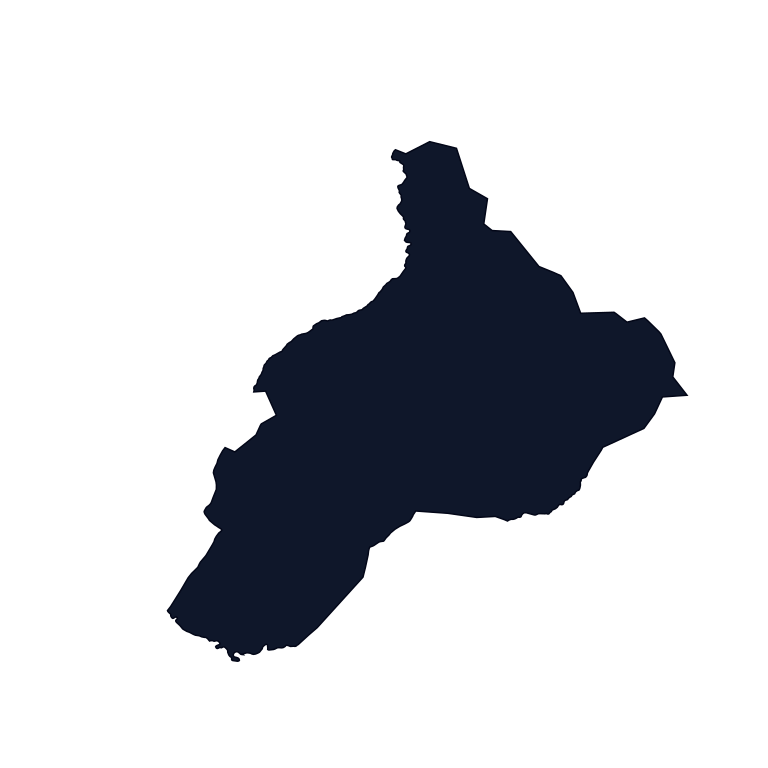 outline of Xovd, Hovd, Mongolia, rotated 160°
{"feature_id": "93677404B84217279169077", "entity_name": "Xovd", "entity_type": "district", "adm_level": 2, "iso_a3": "MNG", "parent_name": "Mongolia", "parent_adm1": "Hovd", "projection": "equal_earth", "projection_center": [91.437, 48.034], "detail": "fine", "context": "isolated", "style": "filled", "palette": "ink", "viewbox_px": 768, "rotation_deg": 160, "n_neighbors": 0, "source": "geoboundaries", "source_scale": "gbopen_adm2", "svg_char_len": 6171}
<svg xmlns="http://www.w3.org/2000/svg" viewBox="0 0 768 768"><g transform="rotate(160 384 384)"><path d="M509.1,421.1L497.7,417.8L495.8,391.4L512.9,388.5L514.3,387.4L521.7,379.9L547.4,371.2L555.1,378.6L558.5,376.4L562.3,373.1L566.0,369.6L568.1,366.5L571.1,363.7L573.4,361.2L574.7,358.9L575.3,349.6L576.0,346.5L577.6,342.3L583.5,335.7L586.6,332.0L587.7,331.0L588.7,330.4L590.5,329.6L591.9,329.3L593.3,328.7L596.0,326.4L596.7,325.5L596.8,324.3L596.7,322.9L594.9,317.0L594.7,315.6L591.3,309.6L589.8,307.7L588.5,305.8L586.8,303.8L586.3,302.2L587.7,301.3L590.2,300.5L593.7,298.2L596.1,296.1L597.6,294.0L600.2,291.7L610.0,283.7L617.5,279.4L618.9,278.2L621.7,275.4L629.6,271.8L634.2,269.0L645.9,259.3L660.7,247.8L664.9,245.2L664.9,244.1L664.0,242.1L663.3,240.9L663.3,240.1L663.7,239.1L663.6,238.0L663.5,237.5L663.1,236.5L662.6,236.0L662.0,235.9L659.2,236.4L658.8,236.0L658.3,235.3L658.2,234.6L658.7,234.1L660.5,233.1L660.8,232.2L660.5,230.9L658.4,226.9L657.4,224.1L657.1,223.1L656.6,222.2L653.9,219.0L651.7,217.2L648.8,214.0L647.2,212.5L643.7,210.6L641.7,208.7L639.3,207.3L637.9,206.7L636.8,204.9L636.3,203.4L635.8,202.1L634.7,202.1L632.7,201.4L632.1,200.7L631.0,200.2L629.6,200.2L628.2,199.4L627.5,198.7L626.9,196.9L627.0,196.0L627.4,195.5L630.5,195.4L631.6,195.1L632.1,194.6L631.8,193.1L631.2,192.5L630.1,192.4L628.5,192.6L626.9,191.7L625.0,192.0L624.2,191.6L623.6,191.1L622.5,188.9L622.0,187.2L622.6,185.2L622.5,182.4L622.0,180.8L621.1,179.5L620.9,178.6L621.4,177.3L621.4,176.6L620.8,175.9L616.5,173.6L615.2,173.4L614.4,173.8L614.2,175.1L614.9,176.5L616.4,177.7L618.0,178.7L618.5,180.0L618.1,181.5L616.5,182.8L614.9,183.0L613.5,182.7L612.4,181.5L611.0,179.0L610.1,178.4L608.8,177.8L609.2,178.7L604.7,178.3L602.3,177.1L601.4,176.5L600.5,175.5L599.1,174.6L597.0,174.2L594.5,174.3L592.7,174.6L588.9,176.9L588.4,177.9L587.8,178.4L586.7,179.0L584.2,179.8L583.4,179.6L583.0,179.3L582.8,178.6L583.5,175.7L584.1,174.3L583.2,173.4L578.6,172.3L576.8,172.3L574.8,172.6L573.2,172.3L570.2,171.0L568.6,170.8L566.7,171.2L565.4,171.9L564.8,171.8L563.4,170.9L561.7,169.4L558.3,168.4L557.5,167.9L556.6,167.8L555.8,167.9L555.0,168.3L553.7,168.5L540.9,173.8L530.1,177.9L469.8,209.7L464.2,218.0L457.4,228.8L455.5,232.6L454.1,234.6L453.1,235.6L449.7,235.6L448.4,235.8L442.9,237.2L441.1,237.1L438.3,236.5L437.6,236.7L434.7,238.7L431.0,240.4L428.8,241.8L423.2,243.8L417.8,244.9L412.4,245.4L408.4,246.0L406.9,246.4L405.8,247.1L404.0,248.5L402.0,250.2L401.4,251.0L397.6,253.8L368.3,240.7L342.5,226.9L324.7,221.5L317.2,215.3L314.8,213.0L313.1,213.4L311.0,213.4L309.0,212.7L307.4,212.5L305.9,212.6L303.9,213.0L302.9,212.8L302.2,212.4L301.2,212.3L300.6,212.5L299.4,213.8L298.1,214.6L296.6,215.0L296.0,214.9L294.4,214.4L288.1,209.9L286.9,209.2L286.1,209.1L283.6,209.3L282.7,209.2L276.9,206.9L275.9,206.9L275.3,206.3L274.4,205.7L273.5,205.6L271.8,206.6L270.4,206.9L269.2,208.0L265.5,208.2L263.2,209.0L261.8,210.1L260.5,210.8L259.7,210.6L258.1,209.7L257.0,209.7L256.1,210.3L255.0,211.9L254.5,212.3L253.6,212.7L251.1,212.6L249.7,213.5L248.5,214.0L246.6,214.3L245.0,215.5L242.5,215.6L240.9,217.1L238.8,217.7L237.2,217.6L236.0,218.6L235.1,219.9L234.0,221.8L233.0,224.9L231.9,225.6L231.3,226.9L230.7,227.4L230.0,227.5L227.7,227.5L226.8,227.4L226.3,227.5L224.7,228.5L224.0,229.5L223.6,230.3L223.1,231.0L221.8,232.2L213.9,238.9L202.5,247.5L200.1,249.7L154.9,253.4L140.0,263.4L126.8,276.6L103.1,269.8L110.2,291.9L103.4,304.5L106.7,336.3L107.7,339.0L114.5,353.2L116.6,357.0L134.5,359.0L142.0,370.9L143.3,372.7L175.0,383.2L175.1,405.4L180.7,425.2L186.6,430.9L198.2,441.4L212.8,483.9L229.9,491.2L235.5,500.3L223.4,522.7L236.9,538.6L235.3,580.7L258.2,596.1L284.8,592.8L293.1,600.2L294.5,599.7L296.1,598.4L297.0,597.5L297.5,596.5L299.0,595.1L299.3,594.3L299.1,593.4L299.3,592.3L299.0,591.8L296.3,590.8L295.6,590.0L294.2,589.0L293.4,588.7L292.9,588.2L292.9,587.8L293.2,587.2L293.1,586.6L290.8,583.6L290.7,582.7L290.9,582.0L291.5,581.1L292.3,578.4L292.8,578.1L293.1,577.6L293.1,577.1L291.5,573.9L291.4,573.1L291.5,572.2L291.5,570.8L291.7,570.2L294.7,568.4L296.3,567.1L298.4,565.7L299.4,565.4L301.9,565.5L302.9,565.4L303.6,564.6L303.7,563.0L303.4,561.0L303.7,559.7L304.2,558.9L304.0,557.8L303.4,556.0L303.3,555.3L303.9,554.1L304.1,553.1L304.0,552.1L304.8,549.9L307.3,547.8L309.1,547.2L311.0,545.8L311.7,544.5L311.4,541.5L310.4,538.4L308.5,534.4L309.3,532.5L309.1,531.7L308.4,530.2L308.6,527.1L310.7,524.4L310.8,523.4L310.2,522.3L307.4,520.4L307.2,519.7L307.4,518.9L307.8,518.3L308.3,517.8L310.7,517.5L311.4,517.0L312.4,515.4L314.3,513.8L315.6,512.0L314.8,510.0L313.8,509.2L311.2,508.0L310.6,507.3L310.5,506.5L311.0,505.8L311.5,505.5L312.4,505.3L314.3,505.2L314.9,504.8L315.4,504.1L315.8,503.3L316.9,502.5L317.8,501.7L318.1,500.9L317.9,500.2L316.6,499.0L316.0,498.2L315.8,496.9L316.3,496.0L319.2,494.6L320.3,493.6L321.4,492.1L321.9,490.5L322.4,489.7L323.3,489.3L324.0,488.5L324.2,487.6L323.8,486.8L323.7,485.8L324.4,485.0L327.3,483.2L332.2,479.7L335.1,478.8L336.2,478.8L340.0,480.0L341.4,479.6L342.7,478.6L343.9,478.1L347.1,477.5L348.2,476.7L351.4,475.4L353.4,473.5L355.1,472.5L356.4,471.8L357.4,471.6L359.4,469.9L363.2,467.2L365.9,465.6L367.9,465.6L369.2,465.1L370.4,464.4L371.8,464.1L373.3,463.1L377.5,462.2L379.3,461.3L382.2,461.8L383.3,461.6L385.0,460.8L386.4,460.6L387.8,460.9L390.3,460.6L392.9,461.0L395.7,461.8L397.4,461.6L400.6,461.6L401.0,461.2L401.7,461.1L406.2,461.7L407.9,461.7L411.1,461.8L412.4,462.5L413.7,462.7L414.3,462.5L415.7,462.6L417.1,463.7L418.4,464.3L421.1,464.8L424.3,463.8L426.8,463.7L430.5,462.7L431.3,461.7L431.6,460.6L432.2,460.0L437.5,458.4L439.8,458.2L444.5,459.0L445.7,458.8L447.4,459.0L448.8,458.9L453.4,457.3L456.6,455.6L458.8,455.3L461.4,454.5L462.5,453.5L466.8,451.2L467.8,450.5L468.2,450.0L468.6,449.7L469.4,449.5L470.6,449.6L477.1,448.6L478.7,448.6L481.0,447.5L482.3,447.4L483.2,447.2L484.3,446.1L486.0,445.5L487.8,443.8L489.8,442.9L490.4,442.3L490.9,441.4L492.1,440.1L492.5,439.4L492.8,438.5L493.4,437.8L494.4,437.0L496.1,435.0L498.9,433.2L499.4,432.4L500.0,431.8L501.0,431.2L501.7,430.3L502.9,428.1L503.3,427.8L503.7,427.3L504.5,426.7L506.2,426.3L507.0,425.8L507.7,424.8L508.0,424.0L508.0,423.1L508.2,422.5L509.1,421.1Z" fill="#0f172a" stroke="#020617" stroke-width="1.5"/></g></svg>